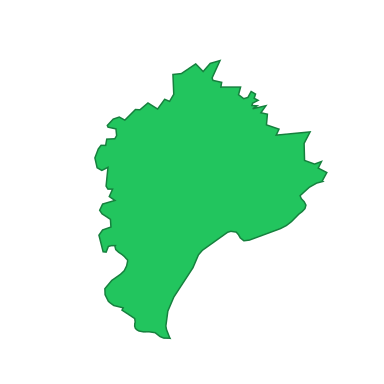 an SVG outline of East Flanders, rotated 145°
{"feature_id": "BEL-3478", "entity_name": "East Flanders", "entity_type": "Province", "adm_level": 1, "iso_a3": "BEL", "parent_name": "Belgium", "parent_adm1": "", "projection": "equal_earth", "projection_center": [3.869, 51.045], "detail": "fine", "context": "isolated", "style": "filled", "palette": "green", "viewbox_px": 384, "rotation_deg": 145, "n_neighbors": 0, "source": "natural_earth", "source_scale": "10m", "svg_char_len": 1788}
<svg xmlns="http://www.w3.org/2000/svg" viewBox="0 0 384 384"><g transform="rotate(145 192 192)"><path d="M78.8,125.6L84.8,127.8L93.2,128.6L105.6,127.0L106.3,123.9L105.7,119.7L106.2,115.9L109.0,113.6L112.9,112.8L117.1,112.6L127.5,110.7L133.9,110.4L140.6,111.3L172.6,119.7L177.5,122.3L178.8,126.7L178.4,130.3L178.8,133.8L182.7,137.5L186.0,138.6L216.9,138.3L222.8,136.8L234.7,129.4L267.1,116.4L280.1,108.3L290.3,97.2L291.8,93.9L293.7,86.2L293.9,84.8L294.0,84.9L299.0,88.6L301.1,91.9L302.9,97.9L307.3,102.1L312.0,105.3L315.2,108.6L316.2,110.7L316.6,112.7L315.9,115.0L314.1,117.3L313.2,117.9L311.5,121.2L317.1,135.4L314.8,136.6L321.2,143.9L322.6,148.0L323.2,150.4L322.1,157.7L318.8,162.8L308.4,165.6L297.8,165.6L292.6,166.4L287.9,169.0L284.6,172.1L283.7,173.5L284.1,174.9L284.4,177.9L285.2,181.0L286.7,184.8L287.5,188.6L286.2,191.9L285.6,192.1L288.8,194.3L291.7,195.4L296.8,192.0L299.1,194.0L293.0,210.0L287.0,212.2L278.5,209.8L274.5,216.4L278.2,225.7L278.1,230.0L272.1,233.4L260.0,229.3L262.4,235.7L255.4,239.9L259.2,242.6L259.0,246.1L246.7,260.4L253.5,261.4L255.8,266.3L252.0,275.6L244.1,281.0L239.7,282.4L236.0,279.7L231.5,284.2L224.7,279.9L221.4,281.4L218.1,287.3L223.6,293.3L223.2,295.1L214.7,296.9L208.6,295.1L205.8,289.4L191.0,292.0L187.5,289.2L177.0,290.2L172.6,279.7L161.2,283.6L158.4,279.1L150.9,282.5L140.2,299.2L132.8,295.1L115.5,294.8L113.8,284.3L103.3,286.9L93.7,283.6L110.1,273.9L110.8,271.4L104.8,264.8L108.2,261.4L92.0,250.1L98.1,245.0L96.1,238.8L92.0,237.4L85.9,240.4L83.8,235.8L87.3,233.1L85.3,229.2L91.5,230.0L93.3,228.5L89.3,225.3L94.6,225.4L82.0,220.3L90.1,217.4L85.6,212.5L92.5,204.3L84.7,193.6L90.4,190.3L60.8,173.5L72.3,167.5L81.7,153.3L75.6,144.6L68.5,142.7L74.9,139.2L70.4,130.6L79.1,126.3L78.8,125.6Z" fill="#22c55e" stroke="#15803d" stroke-width="1.5"/></g></svg>